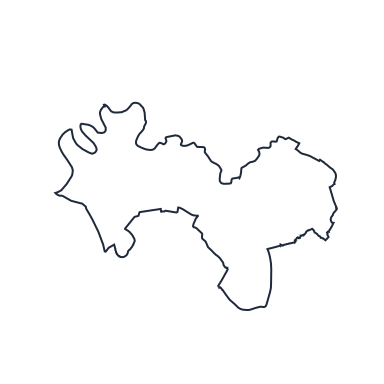 Crisan, Tulcea, Romania (orthographic projection), rotated 118°
{"feature_id": "2599482B40183957556605", "entity_name": "Crisan", "entity_type": "district", "adm_level": 2, "iso_a3": "ROU", "parent_name": "Romania", "parent_adm1": "Tulcea", "projection": "orthographic", "projection_center": [29.376, 45.1], "detail": "fine", "context": "isolated", "style": "outline", "palette": "slate", "viewbox_px": 384, "rotation_deg": 118, "n_neighbors": 0, "source": "geoboundaries", "source_scale": "gbopen_adm2", "svg_char_len": 6002}
<svg xmlns="http://www.w3.org/2000/svg" viewBox="0 0 384 384"><g transform="rotate(118 192 192)"><path d="M123.8,153.5L124.8,151.8L126.3,150.5L127.9,149.9L129.0,149.9L132.7,150.4L134.9,151.0L136.6,152.4L138.5,154.7L140.7,155.9L143.4,156.9L147.4,159.5L147.9,159.5L152.1,157.7L155.3,156.8L157.6,156.6L157.2,157.7L158.7,159.3L161.0,162.4L161.5,162.7L162.2,162.9L165.0,161.9L166.0,161.8L166.3,162.0L167.4,163.5L169.7,167.5L170.3,169.3L170.3,170.7L169.3,172.5L168.7,173.0L167.2,173.8L162.9,175.5L161.5,175.9L159.3,176.1L158.7,176.4L156.5,180.1L156.1,181.5L155.9,183.7L156.0,188.3L155.8,189.6L153.0,194.7L151.4,198.4L150.8,199.4L149.7,200.0L148.3,200.4L147.3,201.2L146.9,202.4L147.1,203.2L149.6,208.3L149.7,208.9L147.9,212.5L147.7,213.3L147.9,214.1L151.4,216.6L153.4,218.3L154.6,219.9L155.4,221.4L155.7,223.2L155.6,223.8L155.2,224.2L152.7,224.4L151.7,224.6L151.0,225.1L150.3,225.9L149.2,228.4L148.9,229.4L149.1,231.2L149.8,233.3L155.0,239.7L155.9,240.6L157.1,240.6L158.2,239.1L159.7,238.3L162.0,238.6L162.7,239.0L163.2,239.5L163.3,240.6L163.3,242.1L163.5,243.0L163.8,243.8L164.9,244.3L166.5,244.7L171.1,245.4L172.3,246.0L173.3,246.8L174.1,247.9L175.0,249.8L175.9,252.4L176.3,254.7L176.6,258.0L176.7,260.4L176.6,262.1L176.0,263.5L175.3,264.2L174.8,264.6L172.9,265.4L168.3,265.8L165.7,265.7L161.5,264.6L158.6,264.3L156.7,265.0L152.5,265.1L150.9,266.1L150.7,266.8L150.1,267.4L144.3,271.0L141.9,273.2L140.6,274.8L139.0,279.4L138.9,280.6L139.3,282.6L139.7,283.7L140.8,285.3L141.7,286.0L142.9,286.5L145.2,286.8L148.8,287.7L150.8,288.5L154.5,291.5L156.8,295.1L158.0,297.4L158.6,299.0L158.7,301.3L156.5,306.0L155.9,307.8L155.8,310.1L156.3,310.7L157.5,309.3L157.8,309.9L158.5,310.4L162.0,311.0L164.1,310.8L165.5,310.4L166.9,309.4L170.2,306.3L175.7,298.4L178.2,297.1L179.8,297.2L180.9,297.8L182.3,299.4L183.8,303.1L181.7,307.9L181.1,310.0L181.0,312.7L181.4,315.3L183.6,321.6L184.5,322.0L186.6,321.3L188.5,319.8L190.2,317.5L192.1,312.4L195.0,301.8L197.4,297.8L199.4,296.0L201.3,295.9L202.4,296.1L203.7,296.8L205.1,298.2L205.4,300.0L205.6,302.4L205.5,308.8L204.2,315.7L202.9,318.3L200.2,322.3L193.5,327.6L194.1,329.3L195.6,330.4L198.8,332.1L202.1,333.2L206.9,333.7L209.5,333.3L210.5,333.0L212.7,331.7L214.8,329.7L217.9,325.5L219.7,322.3L222.3,317.1L226.4,309.8L228.8,307.4L233.1,305.8L234.9,305.7L243.8,306.4L251.8,308.2L255.0,310.3L257.0,312.2L257.4,310.9L257.6,308.8L257.4,307.1L256.5,305.6L256.2,303.9L256.5,294.6L254.3,285.3L253.8,283.8L254.8,278.9L256.3,277.7L258.1,274.9L258.5,274.1L262.8,267.4L271.0,256.1L280.1,245.8L285.4,241.2L285.2,240.2L280.4,239.4L275.0,236.0L277.9,233.4L278.3,232.8L279.1,232.6L280.1,231.2L281.0,230.7L281.6,229.5L281.8,229.5L282.2,229.1L282.1,228.5L282.6,228.0L283.1,226.1L282.8,225.9L283.0,225.7L282.9,224.3L281.8,222.3L281.0,221.4L279.3,220.5L277.8,220.0L276.2,220.1L275.2,220.3L274.9,220.5L273.9,220.5L273.7,220.6L272.9,220.4L271.7,219.7L271.2,219.7L268.2,219.2L266.2,219.3L266.0,219.1L265.5,219.3L265.0,219.2L263.8,219.5L262.4,219.5L261.7,219.8L260.0,221.4L259.5,222.5L258.7,223.5L257.7,225.3L257.5,226.2L256.8,227.7L256.3,229.9L256.1,233.7L255.6,233.9L241.2,231.1L240.7,230.8L238.6,228.5L238.1,228.1L234.8,228.8L234.3,228.7L221.6,211.6L223.9,210.1L223.9,209.9L223.6,209.4L223.1,209.2L222.3,207.4L221.0,206.7L217.4,196.1L216.4,195.5L216.0,195.6L212.2,196.9L211.7,195.5L211.5,192.2L212.2,182.5L212.1,180.4L211.2,177.8L210.2,175.7L210.4,175.5L214.2,176.2L215.6,175.9L218.7,175.8L221.7,175.1L222.3,173.9L222.3,173.6L221.9,172.8L221.8,171.3L223.9,163.6L224.5,163.1L226.4,162.4L227.9,161.5L228.4,160.9L229.2,157.2L229.8,156.1L233.2,151.9L234.5,147.0L235.3,144.9L236.4,140.7L236.4,139.6L237.2,136.6L239.6,131.7L240.3,130.9L241.7,129.8L242.8,127.7L243.0,127.1L242.6,126.2L242.9,125.8L242.4,125.2L243.6,124.2L244.6,124.1L257.0,124.4L262.4,124.8L263.0,124.3L263.2,123.1L263.1,122.8L263.4,122.7L263.0,122.4L263.1,121.6L263.9,119.8L264.2,119.6L264.1,119.0L267.0,113.4L269.5,108.0L271.1,101.1L272.3,97.2L272.5,95.1L272.3,93.0L271.9,91.5L270.3,87.9L269.4,86.3L268.7,85.5L264.2,81.1L261.8,78.5L260.9,77.3L259.9,74.5L259.3,73.9L258.2,73.3L256.4,73.4L244.2,76.0L239.7,77.3L234.9,79.6L222.9,85.8L217.9,88.8L213.5,92.1L210.4,94.8L208.7,96.5L207.0,98.6L205.3,96.9L205.3,96.7L200.0,91.0L199.2,90.2L198.9,89.8L198.5,89.5L198.0,89.4L197.7,88.9L197.9,88.5L197.1,88.5L197.1,88.1L197.0,87.7L196.8,88.0L196.8,87.5L195.6,85.9L195.2,85.8L194.0,84.2L193.5,83.9L192.7,82.7L191.6,81.9L191.5,81.4L188.3,77.8L188.4,77.6L187.7,77.5L188.0,77.8L187.0,77.5L186.6,77.8L186.7,78.1L186.4,78.2L186.3,78.5L183.8,77.7L183.3,77.8L183.0,77.5L182.4,77.4L182.3,77.1L182.7,76.5L182.7,76.0L182.1,75.2L181.6,75.4L180.5,75.3L179.7,75.6L179.7,75.3L179.2,75.3L179.4,75.2L179.2,75.0L179.1,74.7L178.3,74.3L178.3,73.9L178.0,73.7L178.1,73.3L177.7,73.1L177.4,73.3L177.6,73.4L177.5,73.5L177.3,73.4L177.1,72.9L174.5,72.3L173.6,72.5L172.0,71.9L171.2,71.5L171.2,71.0L168.1,68.6L168.0,68.4L168.4,67.8L168.6,66.6L170.1,64.8L170.3,62.0L171.3,59.6L171.1,58.2L172.0,56.8L171.5,56.2L171.5,55.5L171.7,55.0L171.4,54.6L172.0,51.5L167.8,50.3L167.4,50.5L166.4,52.2L165.8,52.6L165.1,52.7L164.6,53.7L163.3,53.5L162.9,52.6L162.7,52.8L157.3,52.4L153.0,52.6L152.8,52.6L153.2,53.5L153.3,54.2L152.6,55.3L151.3,56.6L149.7,57.1L148.5,57.2L146.3,56.8L145.4,57.1L144.1,57.1L140.1,56.2L139.6,56.3L138.6,57.1L138.5,56.7L138.4,56.8L138.2,56.7L133.6,62.4L123.1,72.7L120.8,71.0L118.4,70.4L118.0,69.9L116.8,70.9L114.0,71.1L110.8,72.1L109.2,73.1L108.1,74.2L106.9,76.3L105.9,78.6L105.6,81.6L104.5,86.4L104.5,87.3L104.0,89.4L103.7,89.9L103.9,90.2L103.4,94.1L104.9,94.3L104.9,104.9L105.4,108.1L106.5,113.1L106.3,115.3L105.5,118.6L105.4,120.6L103.1,120.5L102.8,120.3L99.9,120.1L99.7,120.3L98.6,120.2L98.8,123.6L98.6,126.4L98.8,128.5L98.6,132.1L101.4,134.1L101.5,134.9L101.2,136.7L101.5,138.4L101.9,140.6L102.4,141.4L104.1,141.7L107.6,141.0L108.4,141.9L109.0,143.5L109.8,145.1L110.4,145.5L111.1,145.7L112.0,145.6L113.5,144.7L114.9,144.1L115.8,144.3L116.7,144.8L117.3,145.4L119.2,149.6L119.9,150.6L122.4,153.1L123.8,153.5Z" fill="none" stroke="#1e293b" stroke-width="2"/></g></svg>